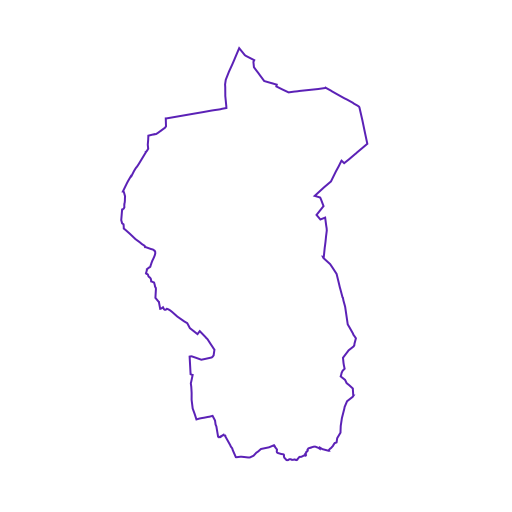 Dricānu pag., Rezeknes, Latvia, rotated 81°
{"feature_id": "27541924B14059531944666", "entity_name": "Dricānu pag.", "entity_type": "district", "adm_level": 2, "iso_a3": "LVA", "parent_name": "Latvia", "parent_adm1": "Rezeknes", "projection": "orthographic", "projection_center": [27.228, 56.664], "detail": "fine", "context": "isolated", "style": "outline", "palette": "violet", "viewbox_px": 512, "rotation_deg": 81, "n_neighbors": 0, "source": "geoboundaries", "source_scale": "gbopen_adm2", "svg_char_len": 5923}
<svg xmlns="http://www.w3.org/2000/svg" viewBox="0 0 512 512"><g transform="rotate(81 256 256)"><path d="M402.0,181.1L398.0,184.3L396.4,185.8L396.0,186.1L395.3,186.6L394.6,186.7L392.3,187.4L388.2,191.2L387.0,190.6L384.8,189.7L382.9,188.4L381.2,186.1L377.5,186.3L375.2,186.3L370.1,186.0L363.6,179.2L360.5,173.6L359.8,173.2L359.6,172.9L357.9,172.4L352.9,170.2L351.2,171.0L348.8,172.2L347.9,172.3L341.2,174.8L337.9,176.1L320.3,175.9L319.1,176.0L313.8,176.6L310.8,176.7L310.4,177.0L301.7,177.9L300.1,178.1L296.0,178.4L292.3,178.7L286.3,179.2L279.8,182.1L275.7,184.0L275.3,184.3L269.3,189.1L268.5,189.7L267.2,190.1L267.5,189.2L258.1,186.7L257.2,186.4L252.7,185.1L247.4,183.7L241.9,182.1L239.7,181.9L236.7,181.9L228.9,181.7L230.0,186.7L224.9,189.8L217.3,181.5L211.4,182.7L208.8,183.3L208.2,183.6L205.8,188.6L198.9,178.2L194.1,170.3L184.9,163.8L180.5,160.4L175.3,156.7L175.2,156.6L178.1,154.4L175.1,149.1L172.9,145.5L170.7,141.9L170.3,141.1L169.7,140.3L163.2,129.5L162.6,128.5L151.2,129.1L138.6,129.7L125.5,130.6L124.8,130.8L124.2,131.3L123.2,132.4L120.8,135.5L119.7,136.5L119.5,136.8L119.1,137.3L115.6,141.8L114.1,144.0L108.6,151.0L105.1,155.4L104.4,156.1L100.7,160.9L100.9,161.0L100.8,168.5L99.8,187.1L99.8,189.6L99.6,192.5L99.5,198.2L95.7,203.8L91.7,209.4L90.0,208.7L84.5,220.5L78.4,223.7L75.6,225.1L72.7,226.7L70.0,228.1L69.2,228.5L63.9,228.2L62.3,227.1L56.9,234.5L55.9,235.6L48.1,240.1L57.4,245.9L58.4,246.5L63.3,249.6L69.6,253.8L77.2,258.3L81.7,259.7L84.6,260.0L93.2,261.3L103.4,261.9L105.2,262.1L105.3,266.6L105.5,268.3L105.5,270.0L105.4,274.5L105.4,277.5L105.6,286.1L105.7,295.1L105.9,309.1L106.1,322.6L106.0,323.6L113.8,324.6L115.0,325.7L119.0,333.5L119.9,335.5L120.0,337.6L119.8,337.6L120.3,343.5L124.3,344.3L129.2,345.5L133.2,345.7L133.8,346.2L135.0,347.2L135.5,347.8L135.8,348.3L135.9,348.2L146.8,357.4L149.2,359.6L149.9,360.5L151.2,361.7L153.0,363.2L157.7,366.6L157.4,366.9L161.9,370.6L163.9,372.1L171.5,377.4L171.7,376.7L172.0,376.6L173.0,376.4L176.5,376.0L178.4,376.4L181.1,376.9L182.9,377.4L184.0,377.9L184.5,377.9L184.8,378.1L187.3,378.4L187.9,378.8L188.5,379.3L188.9,380.1L189.4,380.7L189.3,381.0L199.5,383.5L202.8,383.1L204.0,381.9L204.5,381.9L206.8,382.1L208.2,382.3L209.6,381.0L214.2,377.2L220.5,372.4L224.3,368.6L226.4,366.8L228.5,364.4L229.9,364.2L230.0,363.5L230.4,362.8L232.6,358.8L233.5,356.8L234.8,355.4L235.0,355.5L235.5,355.1L235.9,355.0L236.1,354.9L237.7,355.1L239.5,355.9L241.2,356.9L243.3,358.3L244.5,359.2L245.0,359.4L246.1,360.1L247.7,360.9L248.6,361.4L250.1,362.1L250.5,362.8L250.6,363.4L250.9,363.8L251.5,365.0L251.8,365.5L251.9,365.4L252.3,365.8L252.5,365.9L253.2,366.1L253.9,366.5L254.6,366.7L255.1,367.0L255.9,367.4L256.4,367.1L256.6,366.8L256.8,366.3L257.1,365.9L257.5,365.7L257.8,365.6L259.2,365.4L259.9,365.0L260.3,364.5L260.8,364.1L261.7,363.6L262.0,363.5L263.5,363.4L264.7,363.5L264.8,363.2L266.3,360.8L269.1,360.5L270.4,360.5L270.8,360.4L271.6,360.0L272.9,360.0L281.6,361.9L286.0,359.3L286.1,359.1L293.2,358.9L293.2,358.4L292.6,356.8L292.1,355.9L293.9,355.3L294.4,355.0L294.7,354.7L294.9,354.3L294.9,353.8L294.8,353.4L294.8,353.2L294.5,352.7L294.2,352.3L295.0,350.9L296.1,349.5L297.9,347.8L303.5,343.2L309.3,337.2L311.6,334.4L316.9,332.6L324.0,326.0L321.4,323.3L328.4,318.4L328.9,318.2L329.6,317.6L330.6,316.9L336.0,314.5L338.4,313.4L341.1,312.2L342.0,311.7L347.5,313.4L348.5,314.4L349.2,315.4L349.3,315.9L349.4,317.5L349.7,322.3L349.9,326.2L347.1,331.3L345.1,335.1L345.0,335.3L344.9,336.9L345.0,337.2L345.0,337.3L362.5,339.1L363.4,337.7L363.6,337.2L368.6,339.1L371.6,340.3L375.2,340.4L381.2,341.0L388.0,342.1L396.7,342.4L402.4,341.3L408.1,340.4L407.7,337.4L407.6,335.0L407.6,332.4L407.4,328.1L407.5,327.7L407.1,323.9L412.1,322.2L416.1,322.3L418.2,321.8L419.0,321.8L428.5,321.7L429.1,321.1L429.0,320.9L429.1,320.5L429.0,320.2L429.3,320.0L429.3,319.6L429.3,319.4L428.9,319.1L428.8,318.9L428.7,318.4L428.5,318.2L428.3,318.2L428.3,317.8L428.3,317.6L428.1,317.4L427.9,317.1L427.9,316.9L427.7,316.6L427.7,316.4L427.6,316.2L427.9,316.2L428.0,316.0L428.1,315.6L428.4,315.0L428.4,314.8L428.5,314.5L428.8,314.4L429.4,314.5L438.9,311.0L440.2,310.7L442.2,309.6L444.2,309.3L451.5,307.4L451.7,306.6L451.8,303.3L451.9,302.1L452.8,298.7L453.7,295.5L453.9,294.6L454.0,293.5L453.5,291.8L452.9,289.7L451.5,287.9L450.3,286.4L449.5,284.6L447.4,281.3L447.0,273.1L445.7,267.8L445.9,267.7L446.0,267.8L446.5,268.0L446.7,267.8L446.9,267.2L447.2,267.1L447.5,267.1L448.0,266.9L448.4,266.7L449.2,266.2L450.4,265.6L450.8,265.6L451.6,265.9L452.5,266.1L453.2,266.0L453.6,265.7L454.0,265.2L454.3,264.6L455.4,262.3L455.8,261.2L456.0,260.4L456.4,259.7L457.0,259.5L458.7,259.8L460.0,259.4L461.0,258.6L461.9,258.1L462.3,257.8L462.5,257.2L462.6,256.4L462.5,256.0L462.2,255.4L462.0,255.0L462.0,254.4L462.2,253.4L462.4,253.1L462.8,252.8L462.9,252.3L463.1,251.6L463.0,249.8L463.0,249.6L463.5,249.1L463.6,248.8L463.5,248.7L463.9,248.0L463.9,247.8L463.8,247.4L463.7,247.1L463.3,246.8L463.1,246.8L462.8,246.5L462.6,246.1L461.6,245.0L461.3,244.6L461.2,244.3L461.4,243.1L461.4,242.6L460.9,240.9L460.6,240.2L460.5,239.8L460.6,239.2L460.8,238.9L461.0,238.4L460.9,238.1L460.7,237.9L460.4,237.7L460.1,237.8L459.5,238.2L459.2,238.4L458.9,238.2L458.5,237.6L458.3,237.3L458.1,237.1L457.8,237.2L457.5,237.1L456.8,236.1L456.7,235.7L456.4,235.4L456.2,235.3L455.9,235.3L455.3,235.4L454.2,234.3L453.8,232.1L453.7,231.3L453.8,231.3L453.6,230.7L453.5,229.7L453.4,229.1L453.4,228.2L453.6,227.2L454.0,226.5L454.7,225.4L454.9,224.9L455.5,224.1L456.2,223.3L456.4,223.1L455.3,222.8L457.1,220.7L459.8,214.6L459.8,214.4L459.6,214.5L459.0,214.3L458.3,213.5L457.8,212.8L457.5,212.1L457.3,211.8L455.6,209.7L455.3,209.4L454.7,209.1L454.3,208.6L453.9,208.4L453.6,208.0L453.1,207.6L453.0,207.4L453.0,206.8L452.7,205.6L451.5,205.2L450.2,204.8L448.9,204.4L448.5,204.2L443.7,200.2L437.1,198.9L429.5,196.5L420.7,192.7L418.8,192.0L418.2,191.6L413.7,188.8L410.2,182.5L409.3,181.7L409.3,181.8L402.0,181.1Z" fill="none" stroke="#5b21b6" stroke-width="2"/></g></svg>